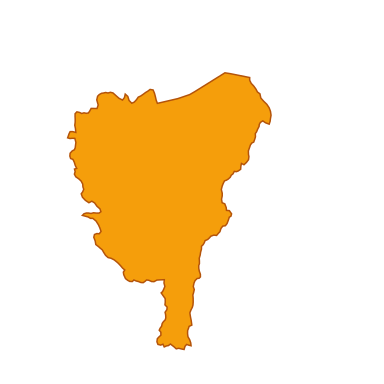 outline of Trajano de Moraes, Rio de Janeiro, Brazil, rotated 329°
{"feature_id": "56859067B81893048284321", "entity_name": "Trajano de Moraes", "entity_type": "district", "adm_level": 2, "iso_a3": "BRA", "parent_name": "Brazil", "parent_adm1": "Rio de Janeiro", "projection": "equal_earth", "projection_center": [-42.183, -22.156], "detail": "fine", "context": "isolated", "style": "filled", "palette": "amber", "viewbox_px": 384, "rotation_deg": 329, "n_neighbors": 0, "source": "geoboundaries", "source_scale": "gbopen_adm2", "svg_char_len": 3678}
<svg xmlns="http://www.w3.org/2000/svg" viewBox="0 0 384 384"><g transform="rotate(329 192 192)"><path d="M88.4,310.5L90.9,310.8L92.7,311.5L95.2,311.2L96.8,315.3L97.7,318.3L100.1,319.1L102.1,321.1L104.1,322.9L106.5,320.7L108.9,319.9L110.3,321.6L112.0,323.3L113.2,320.7L113.9,317.5L114.0,313.9L115.2,311.2L116.9,308.5L118.7,307.1L120.3,305.7L123.3,306.0L125.1,301.8L126.1,299.0L127.0,296.7L127.9,294.5L130.2,292.7L132.9,291.0L134.6,289.4L136.3,287.0L138.3,283.6L139.7,280.7L141.4,279.2L143.7,276.8L144.4,273.7L146.8,271.1L149.0,269.5L151.9,268.8L153.7,269.6L155.5,269.1L156.8,266.9L157.5,263.6L158.5,260.9L159.9,258.5L161.5,257.2L162.8,255.0L164.1,252.5L166.5,250.3L168.4,248.0L170.7,245.8L172.2,243.4L174.4,242.9L176.4,241.8L178.2,240.4L181.0,240.8L183.3,240.3L185.4,239.6L188.5,240.2L190.7,241.9L193.3,241.0L195.5,240.4L198.0,238.2L200.8,237.1L203.3,238.1L205.8,237.1L208.7,234.8L211.0,232.8L212.9,232.8L214.7,231.1L214.4,227.2L212.1,225.5L213.3,223.0L214.0,219.0L212.3,216.7L213.6,213.4L215.9,210.9L217.3,208.6L218.4,205.0L220.9,202.5L223.1,200.8L225.6,199.2L227.6,199.6L229.8,199.6L232.5,199.0L234.3,197.8L236.4,197.6L238.9,196.1L240.4,197.4L242.4,197.8L245.4,197.6L247.2,195.0L249.1,193.0L250.6,195.4L253.9,194.7L257.1,193.4L259.0,191.0L259.8,188.8L261.5,185.8L263.9,183.8L266.4,181.7L268.7,180.8L270.6,181.0L272.8,179.2L274.8,177.4L276.4,174.5L278.3,173.7L280.7,171.9L283.2,170.4L284.5,168.7L286.4,167.6L289.3,167.5L290.7,170.6L293.1,173.6L295.4,171.6L296.8,169.8L299.3,166.9L300.8,163.3L301.5,159.5L301.3,155.3L300.2,151.2L299.4,146.9L300.8,142.8L299.6,140.0L299.8,136.8L299.5,133.1L298.7,129.4L299.0,125.9L300.4,123.6L285.8,110.3L281.6,106.8L245.9,107.4L240.2,107.3L230.9,105.3L227.8,104.6L208.0,98.2L208.6,94.8L209.7,91.5L210.7,88.0L211.2,84.5L208.9,82.5L206.2,82.8L203.4,82.8L200.7,83.1L197.4,83.3L194.8,83.0L191.9,84.3L188.8,85.2L186.1,84.9L185.2,81.2L186.2,77.0L185.2,73.7L182.7,76.3L179.8,77.4L177.7,74.1L176.8,71.3L176.0,68.7L175.3,66.4L173.4,64.5L171.0,63.9L169.2,62.2L167.2,61.6L165.3,60.8L162.7,60.7L160.4,61.3L157.8,64.0L156.4,69.1L153.6,71.5L151.0,69.9L148.6,68.4L146.3,69.8L143.9,70.9L141.9,70.1L140.2,68.5L137.9,67.9L136.6,65.9L134.6,64.0L132.1,64.7L130.8,66.8L129.4,69.4L127.8,72.0L125.9,74.4L124.8,77.5L123.1,81.1L120.7,78.7L118.6,77.5L116.4,78.9L114.9,80.2L113.3,81.5L114.9,83.3L116.8,84.2L119.2,85.7L118.0,89.7L116.4,91.7L114.7,93.9L112.9,95.2L110.4,95.1L107.5,96.0L105.8,98.3L105.2,100.8L106.7,102.7L106.5,105.5L105.6,109.2L105.3,112.4L103.1,111.8L102.3,114.4L100.4,116.1L100.2,119.1L101.7,122.4L102.6,125.5L102.4,128.9L101.1,131.5L100.6,133.9L98.3,135.6L96.1,136.5L95.4,140.1L96.3,144.2L98.1,148.1L101.4,148.3L102.9,151.2L103.2,155.3L104.4,159.0L103.8,162.0L101.4,162.2L99.0,160.7L96.9,159.1L94.4,158.4L92.4,156.7L90.6,155.6L88.2,155.0L86.0,155.6L87.9,157.6L90.1,159.9L91.4,162.3L93.4,163.5L94.8,167.5L94.9,172.2L94.4,175.9L93.7,179.0L91.0,180.0L89.0,178.6L86.5,178.2L84.5,180.2L83.8,184.1L82.5,187.5L83.7,190.6L84.4,192.9L85.3,195.4L85.2,198.0L85.3,201.8L86.3,205.0L88.4,207.0L90.4,210.2L91.9,214.4L92.8,218.3L93.3,221.5L94.2,224.2L91.9,225.3L90.9,227.7L90.4,232.0L91.4,234.6L92.6,236.6L94.7,238.0L96.9,237.5L98.2,239.4L100.0,241.2L101.6,243.3L103.5,244.6L105.8,244.4L107.7,244.0L109.5,245.4L111.3,248.0L113.3,249.3L116.5,249.4L119.6,251.0L123.1,252.9L121.1,255.6L120.1,259.0L117.5,260.9L115.5,262.2L113.6,262.6L113.8,265.4L114.1,269.6L112.3,272.7L110.7,274.8L111.4,277.9L109.9,279.9L107.0,281.2L106.1,283.8L104.7,286.4L103.2,287.8L100.8,288.4L98.8,289.3L96.8,291.4L94.6,292.3L92.7,293.6L93.1,296.1L91.6,298.7L88.7,299.3L86.7,299.9L84.8,302.3L84.3,305.1L86.3,307.1L88.7,307.5L88.4,310.5Z" fill="#f59e0b" stroke="#b45309" stroke-width="1.5"/></g></svg>